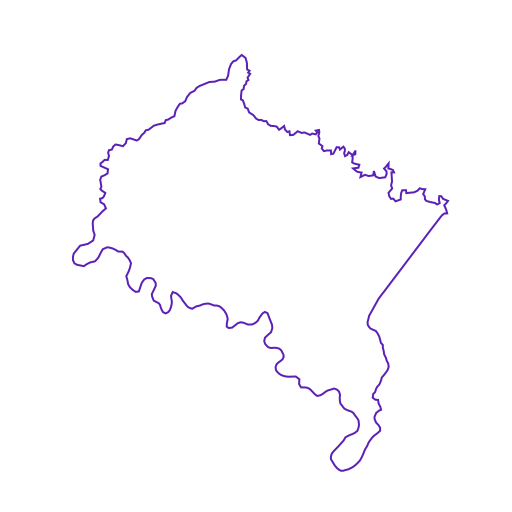 Bituruna, Paraná, Brazil, rotated 191°
{"feature_id": "56859067B61553011926600", "entity_name": "Bituruna", "entity_type": "district", "adm_level": 2, "iso_a3": "BRA", "parent_name": "Brazil", "parent_adm1": "Paraná", "projection": "natural_earth1", "projection_center": [-51.539, -26.148], "detail": "fine", "context": "isolated", "style": "outline", "palette": "violet", "viewbox_px": 512, "rotation_deg": 191, "n_neighbors": 0, "source": "geoboundaries", "source_scale": "gbopen_adm2", "svg_char_len": 5687}
<svg xmlns="http://www.w3.org/2000/svg" viewBox="0 0 512 512"><g transform="rotate(191 256 256)"><path d="M180.4,373.4L184.8,375.6L185.7,372.6L187.6,371.0L189.1,373.7L188.8,376.2L189.4,378.5L191.1,380.0L193.9,376.5L195.1,378.5L197.6,378.2L198.5,374.9L199.6,371.2L201.7,370.3L202.6,373.9L206.6,373.1L209.4,371.9L212.0,374.2L211.7,376.5L215.8,378.4L216.1,383.3L217.7,385.8L217.4,389.4L218.2,391.7L221.2,390.5L219.4,389.1L220.6,386.8L224.2,386.9L226.0,385.2L228.2,385.7L232.0,386.5L234.7,385.5L238.9,386.4L242.5,382.0L245.7,381.1L247.0,384.8L248.9,383.7L251.7,385.7L253.2,389.0L255.2,386.6L257.4,384.3L260.4,387.0L263.2,387.0L266.3,386.6L269.2,387.6L271.6,390.4L274.1,389.8L276.7,390.6L279.4,390.0L282.1,390.9L285.5,393.8L290.1,395.6L292.3,399.1L295.0,399.8L296.6,403.0L298.6,406.3L300.6,406.8L301.3,410.7L301.7,415.8L300.0,417.5L300.2,420.8L298.6,423.1L298.7,425.6L297.0,427.3L298.3,429.5L296.5,433.7L298.7,434.5L297.7,436.6L300.3,437.4L301.8,443.9L304.0,448.4L308.4,450.6L310.0,448.5L313.0,444.1L315.3,442.9L317.1,439.8L318.1,434.1L317.8,427.7L318.8,423.3L321.0,422.9L325.1,422.0L327.0,420.9L329.7,419.3L335.0,417.9L344.0,412.0L346.5,409.6L347.8,406.5L351.7,403.5L354.1,398.8L355.0,394.4L357.6,391.7L359.8,390.9L361.6,386.6L362.7,383.2L362.8,377.7L365.9,375.4L368.4,373.0L370.5,372.2L371.1,369.0L373.8,368.0L378.0,366.1L381.2,364.4L385.5,359.5L388.2,358.3L389.2,355.6L391.3,352.9L393.1,348.4L395.1,346.6L399.3,347.2L402.0,347.5L405.1,346.1L405.3,341.9L407.6,338.4L412.4,338.7L415.3,338.6L417.0,336.3L417.8,333.0L420.6,331.7L420.8,329.0L419.4,326.1L419.8,322.0L423.0,321.4L424.4,319.3L426.3,317.2L425.8,314.8L417.8,312.9L417.5,308.7L420.3,306.2L423.0,304.4L423.5,301.2L421.0,294.6L421.6,292.0L419.9,290.8L416.0,289.2L416.6,285.7L417.8,283.5L420.0,282.5L418.8,279.1L415.0,277.8L412.4,274.1L415.1,270.7L419.1,264.5L421.7,262.0L422.7,259.8L422.5,256.8L420.7,250.1L418.4,245.9L418.8,240.2L423.2,235.9L426.9,234.2L430.6,232.6L435.4,223.5L435.5,219.9L434.8,216.9L432.9,214.2L429.9,213.2L423.0,213.2L421.0,215.3L419.1,216.9L417.3,218.2L413.1,220.0L411.8,222.0L410.5,224.2L408.5,231.3L407.6,233.5L403.8,236.1L401.8,236.3L398.5,236.1L396.3,235.6L394.3,235.0L392.2,234.1L387.7,234.8L385.8,233.6L383.7,231.4L381.5,230.1L379.0,227.5L377.3,225.0L377.5,220.3L378.0,217.0L378.7,214.2L379.5,211.5L378.0,208.6L376.0,203.7L373.7,201.2L370.7,199.3L367.2,197.8L364.2,198.9L363.2,206.9L362.4,209.3L361.2,211.7L358.9,213.6L354.9,214.2L352.6,213.8L349.4,210.5L348.7,207.8L349.4,204.8L351.0,198.7L350.3,196.5L347.9,192.7L342.5,191.1L340.9,189.7L339.4,186.8L338.1,184.9L336.5,183.1L333.8,182.4L331.5,184.1L330.2,186.5L329.7,190.0L329.6,192.8L329.9,195.3L330.9,197.8L331.8,200.7L330.9,204.7L327.2,204.2L324.8,203.0L321.8,200.9L319.3,198.2L314.1,193.6L312.2,192.6L308.6,192.0L306.9,193.5L305.1,195.1L301.3,196.8L299.4,198.2L296.3,199.6L293.2,200.3L289.6,199.8L287.5,199.4L285.0,199.9L282.1,199.6L279.3,198.1L276.9,196.4L274.3,193.6L272.7,191.0L271.7,188.5L271.8,184.6L271.3,181.1L269.1,180.1L265.8,181.1L261.1,186.5L258.6,188.0L255.6,188.1L250.7,187.2L246.6,188.1L243.9,190.2L241.9,192.7L240.9,196.1L238.7,200.8L236.6,202.8L233.7,202.0L231.4,198.2L227.2,191.6L226.2,188.4L226.7,184.1L229.0,181.1L231.6,177.5L231.7,174.0L230.2,171.4L226.9,168.9L223.9,168.5L220.7,169.4L218.3,169.7L215.5,169.5L213.2,168.2L210.2,164.3L209.6,162.1L210.2,159.7L211.7,157.8L213.6,155.8L215.1,153.8L215.6,150.7L214.6,147.8L213.0,146.3L210.7,144.8L208.3,143.9L205.5,143.5L202.8,143.5L200.5,143.8L194.0,145.3L189.9,143.3L189.3,138.6L186.7,135.6L183.6,136.2L180.8,136.5L178.7,136.0L176.8,135.1L172.1,131.7L169.3,130.3L166.4,131.5L164.5,133.0L162.1,135.7L160.2,137.5L154.0,140.8L151.0,140.3L148.7,138.8L147.1,136.0L146.8,133.0L146.0,129.7L145.0,127.3L143.2,125.8L141.7,124.3L140.0,123.0L137.4,122.2L132.4,121.4L130.5,120.5L127.7,117.8L125.5,115.9L124.0,114.2L122.7,110.0L122.6,107.2L123.1,103.7L125.2,101.3L127.4,99.6L130.0,98.0L133.5,95.2L134.8,91.6L138.9,84.7L140.8,81.8L142.5,79.2L143.9,76.4L144.2,73.6L143.7,70.9L141.5,68.5L138.7,65.4L136.2,63.4L133.9,62.1L131.7,61.4L129.5,61.8L127.1,63.1L124.5,64.3L120.8,67.2L118.7,69.5L116.6,72.4L115.1,74.8L114.2,77.3L113.2,80.9L112.6,84.4L111.8,87.7L110.6,90.8L109.9,94.2L108.9,96.7L106.9,100.7L105.4,102.6L103.0,105.2L100.8,108.1L101.4,111.1L103.5,113.4L106.2,115.3L108.3,118.2L109.0,120.6L108.1,124.8L105.8,127.6L103.9,128.9L105.2,131.7L107.6,134.7L108.7,138.0L111.4,137.7L114.4,139.2L114.6,142.9L113.1,145.2L112.8,148.4L112.1,150.7L110.4,153.4L109.6,157.1L109.3,160.7L107.1,164.7L105.1,168.9L104.6,172.5L105.7,175.7L107.6,178.0L109.1,180.9L111.4,183.9L112.6,187.3L113.9,189.9L114.6,193.0L116.7,194.4L119.5,200.2L121.7,203.0L124.1,205.3L127.0,205.9L129.9,206.7L131.7,208.1L133.2,209.8L133.9,212.7L133.6,216.2L133.6,218.7L127.4,237.7L124.8,243.0L123.7,245.1L92.3,309.2L90.9,312.1L83.0,328.0L81.3,331.3L79.3,333.6L76.5,334.3L78.1,337.7L80.9,341.7L79.3,344.1L78.0,346.7L83.3,347.8L85.5,350.0L87.5,349.8L87.2,346.2L85.8,343.0L88.0,341.1L90.3,342.2L94.2,342.2L99.1,342.5L100.9,343.8L101.7,346.7L103.7,348.7L102.6,353.8L105.7,353.4L108.2,353.7L110.0,350.8L113.1,348.6L116.3,347.7L120.4,346.4L121.3,349.2L125.0,348.4L125.5,345.7L125.3,342.3L124.7,339.1L129.5,336.3L132.2,338.5L134.3,337.8L136.6,340.1L138.0,343.3L135.2,348.2L136.9,351.2L136.7,355.2L139.0,363.9L136.5,364.4L137.9,366.5L140.3,367.0L142.8,367.2L143.5,372.2L145.6,368.2L147.0,366.3L144.0,364.0L143.4,361.3L144.2,357.9L149.9,356.0L153.7,356.8L156.5,361.9L156.3,357.5L158.6,356.7L160.7,356.0L164.5,356.5L168.5,353.4L168.3,358.0L172.6,358.0L175.3,359.3L177.4,360.5L172.3,362.2L172.0,365.3L177.6,365.5L179.5,366.3L179.7,369.8L180.4,373.4ZM180.4,373.4L178.0,374.8L178.4,378.5L180.4,373.4Z" fill="none" stroke="#5b21b6" stroke-width="2"/></g></svg>